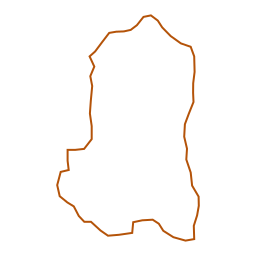 Carapicuíba, São Paulo, Brazil
{"feature_id": "56859067B3159053220029", "entity_name": "Carapicuíba", "entity_type": "district", "adm_level": 2, "iso_a3": "BRA", "parent_name": "Brazil", "parent_adm1": "São Paulo", "projection": "equal_earth", "projection_center": [-46.843, -23.547], "detail": "fine", "context": "isolated", "style": "outline", "palette": "amber", "viewbox_px": 256, "rotation_deg": 0, "n_neighbors": 0, "source": "geoboundaries", "source_scale": "gbopen_adm2", "svg_char_len": 850}
<svg xmlns="http://www.w3.org/2000/svg" viewBox="0 0 256 256"><path d="M91.7,126.1L91.7,139.1L84.1,148.9L74.9,149.9L67.6,149.9L67.6,160.8L68.7,170.0L60.7,171.9L57.2,185.1L59.7,196.2L67.3,202.4L73.8,206.4L78.8,216.0L84.3,221.8L91.0,221.8L100.5,230.5L108.0,235.7L118.9,234.8L132.2,232.9L133.2,222.2L142.3,220.3L152.7,219.7L158.8,223.7L163.3,230.8L173.4,237.2L185.5,240.6L194.2,239.1L193.8,225.8L197.1,215.4L198.8,205.8L198.6,196.6L192.1,185.6L190.7,172.5L186.3,159.5L187.0,148.7L184.2,136.7L184.9,124.2L188.9,113.5L193.5,102.0L193.1,92.8L193.2,83.2L194.6,71.9L194.2,56.4L190.7,46.8L180.9,43.4L170.7,36.1L162.2,27.4L157.8,20.6L150.9,15.4L143.5,16.9L136.9,25.2L130.7,29.9L123.9,31.4L116.3,31.7L109.2,32.9L102.3,41.9L95.1,51.5L89.6,56.4L94.3,66.6L90.3,76.2L92.2,86.0L90.8,100.9L89.9,113.5L91.7,126.1Z" fill="none" stroke="#b45309" stroke-width="2"/></svg>